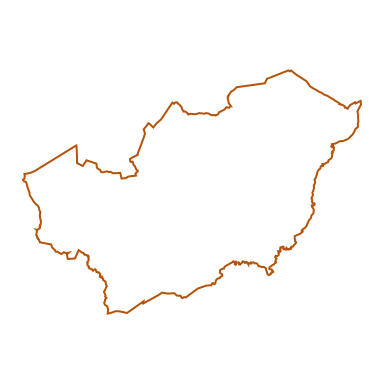 the district of Bērziņu pag., Dagdas, Latvia
{"feature_id": "27541924B7947560085495", "entity_name": "Bērziņu pag.", "entity_type": "district", "adm_level": 2, "iso_a3": "LVA", "parent_name": "Latvia", "parent_adm1": "Dagdas", "projection": "orthographic", "projection_center": [27.878, 56.083], "detail": "fine", "context": "isolated", "style": "outline", "palette": "amber", "viewbox_px": 384, "rotation_deg": 0, "n_neighbors": 0, "source": "geoboundaries", "source_scale": "gbopen_adm2", "svg_char_len": 6007}
<svg xmlns="http://www.w3.org/2000/svg" viewBox="0 0 384 384"><path d="M172.4,102.6L161.0,119.5L156.6,123.3L153.3,127.5L150.1,124.3L148.4,123.2L147.1,125.2L143.7,129.3L145.0,133.6L143.4,138.5L137.4,154.5L137.7,154.9L132.7,157.3L130.1,158.8L130.0,159.2L130.2,161.4L131.3,162.1L132.1,161.6L132.8,161.9L133.5,164.7L134.8,166.1L136.3,169.4L137.7,170.6L137.5,172.0L136.5,172.3L135.5,173.7L135.9,175.6L128.1,176.6L126.0,178.1L121.5,178.5L120.3,172.9L113.0,173.3L110.5,171.8L108.6,172.1L107.2,171.3L102.5,172.4L101.1,172.0L100.1,169.9L97.6,168.6L96.8,167.1L96.4,163.6L86.5,160.3L82.8,166.0L77.0,163.0L77.0,156.2L76.5,145.7L76.3,145.4L34.8,171.0L30.0,173.0L24.4,174.0L24.8,175.5L24.4,178.7L23.0,179.7L23.6,180.8L24.0,181.2L26.2,182.2L27.5,187.1L29.6,192.9L29.5,194.3L29.7,195.1L34.1,202.2L36.2,204.5L38.0,205.8L39.0,207.8L39.4,210.4L40.4,211.9L39.8,215.3L40.4,219.5L41.0,221.2L40.7,223.9L40.5,224.8L40.0,225.0L39.7,226.1L40.0,226.3L39.9,228.0L37.2,230.1L36.5,229.9L36.9,230.3L36.8,231.9L36.2,234.9L37.0,236.0L37.1,237.6L38.0,238.2L38.0,239.0L38.9,239.6L39.3,241.0L39.8,241.5L39.9,242.3L51.2,244.5L52.2,247.5L55.0,250.2L55.6,251.6L57.6,251.8L61.1,253.9L61.6,254.0L63.9,252.2L66.0,253.2L68.7,252.7L66.9,254.3L67.8,259.0L74.9,258.5L78.7,250.1L81.7,252.4L83.6,253.0L84.0,254.1L84.7,254.8L85.6,254.6L86.6,255.3L87.8,255.3L88.3,255.9L87.9,256.0L87.8,256.5L88.4,257.3L88.8,258.6L88.5,259.0L88.6,259.7L88.6,260.5L87.2,262.2L87.7,263.1L87.4,264.0L87.6,265.4L88.5,266.1L89.0,267.0L88.7,267.7L89.1,267.9L89.5,268.5L90.7,268.6L91.2,269.4L92.3,269.5L93.0,270.7L93.8,269.9L95.1,269.2L95.9,270.1L96.5,272.0L97.6,272.0L98.0,272.6L99.2,272.6L100.2,274.2L99.8,276.7L100.2,276.9L100.4,276.5L100.7,276.3L101.2,277.4L102.1,276.9L102.4,277.3L102.3,278.1L103.2,278.8L103.1,279.8L103.2,280.0L104.5,281.1L105.5,281.5L106.1,284.8L106.8,286.1L105.9,287.8L104.8,290.8L104.1,291.3L104.0,292.0L104.9,293.6L105.5,295.5L105.1,296.5L106.5,298.0L105.1,299.4L104.9,301.2L104.2,302.7L104.9,304.8L107.4,306.5L107.4,307.3L108.1,309.8L107.7,313.6L110.8,312.9L116.1,311.1L120.3,311.5L127.0,313.0L143.4,301.4L142.9,303.3L143.1,303.6L159.1,294.7L162.1,292.6L168.1,293.6L174.3,293.2L175.5,294.1L176.7,295.5L179.0,295.8L180.1,295.6L180.7,295.9L181.6,297.6L182.6,298.1L184.1,297.1L185.7,297.5L197.7,288.6L206.0,285.7L209.0,285.3L211.1,285.4L211.7,284.1L212.7,283.1L213.2,283.1L213.7,283.9L214.6,284.2L215.3,283.5L215.6,281.5L216.4,279.7L217.7,278.5L219.7,278.2L220.2,277.1L222.2,276.0L222.2,274.4L219.9,272.8L220.1,270.1L222.8,268.6L223.9,268.6L224.4,267.2L225.4,266.1L232.3,262.3L233.3,261.3L233.8,262.0L235.6,261.7L234.7,264.1L235.6,264.8L236.0,264.6L236.2,263.6L236.7,262.8L238.7,262.3L239.0,262.6L239.2,264.5L240.1,264.6L241.9,262.6L242.8,262.2L242.6,261.6L242.8,261.4L244.3,261.8L245.0,262.9L245.9,262.7L246.2,262.0L246.6,262.0L247.3,262.7L248.2,264.2L248.2,263.6L248.9,263.1L249.6,263.7L251.1,263.5L251.0,263.2L250.4,262.8L250.7,262.4L251.9,262.7L253.5,262.3L254.6,263.4L256.0,263.2L257.2,263.7L258.8,266.4L259.6,266.2L261.7,267.1L263.8,266.9L266.0,268.4L266.1,268.8L266.0,269.9L266.8,271.6L267.2,273.0L267.1,273.5L268.7,275.1L269.6,274.9L270.3,274.1L271.0,273.8L271.1,273.1L271.5,272.6L272.9,272.4L273.2,271.7L272.2,271.0L272.5,270.4L272.3,270.0L271.1,269.3L269.4,269.2L269.4,267.4L272.7,264.9L273.7,264.6L274.7,263.3L275.5,263.0L276.1,262.3L275.9,261.9L275.4,261.8L275.3,261.4L276.5,258.6L275.9,258.3L275.1,257.1L275.7,255.8L277.2,256.1L278.6,255.2L278.8,254.7L278.5,253.5L279.2,252.7L278.4,252.1L278.2,251.1L280.6,251.1L280.6,250.5L280.1,249.1L280.4,247.4L280.9,247.3L282.1,247.8L282.4,247.5L282.3,247.0L282.4,246.8L283.5,246.7L283.7,247.0L283.4,248.0L283.7,248.5L283.6,249.2L283.9,249.4L285.6,248.8L285.8,249.0L285.6,249.4L286.0,249.7L286.4,249.5L286.2,248.3L286.5,247.9L287.2,249.0L287.7,249.0L287.6,249.4L288.0,249.6L288.9,249.5L289.9,248.6L290.4,249.0L290.9,248.9L291.2,248.3L290.9,247.6L291.0,247.1L291.5,246.7L292.4,246.8L293.3,246.3L293.9,245.0L294.8,244.3L296.1,242.7L296.1,242.1L295.4,241.8L295.1,241.3L295.1,240.2L294.6,238.0L294.8,236.1L300.4,233.6L302.7,231.7L302.7,231.2L301.8,231.0L301.6,230.7L302.4,229.5L304.9,227.9L306.6,226.0L307.2,224.1L308.9,220.5L310.9,218.0L311.5,215.3L313.4,213.4L313.5,212.9L313.5,211.7L313.8,210.8L313.6,209.1L312.1,206.9L311.7,205.7L311.9,205.4L312.9,205.9L313.6,205.6L314.4,204.8L314.6,203.7L314.3,203.3L312.9,203.4L312.3,202.4L311.9,201.2L312.2,200.7L312.2,199.9L311.6,198.8L311.5,198.1L312.8,195.4L312.9,194.4L312.5,193.3L312.4,192.5L312.9,191.6L314.0,188.4L313.8,185.4L314.5,184.5L314.9,183.4L315.1,181.2L314.5,179.9L314.9,178.9L315.8,177.9L316.4,175.5L316.9,174.8L316.9,173.5L317.9,170.9L319.2,169.2L320.2,168.7L320.5,168.0L320.5,166.9L321.0,166.2L321.6,165.9L322.6,166.2L323.1,165.8L323.1,165.3L322.3,164.5L322.4,164.0L324.5,164.0L326.3,162.8L327.9,162.2L328.3,161.8L328.3,160.6L328.6,160.2L331.2,158.4L332.1,156.2L332.0,155.4L332.4,154.6L331.8,153.2L332.8,152.6L332.2,151.6L333.8,150.4L333.7,148.7L334.1,147.6L333.5,146.9L332.0,147.2L331.3,146.7L331.3,146.3L332.0,146.1L332.2,145.5L333.0,145.1L332.9,144.7L332.2,145.0L331.9,144.2L335.7,143.4L339.9,141.2L343.2,141.0L348.1,138.9L352.5,134.6L354.1,132.1L355.3,129.2L357.9,127.0L357.8,123.8L358.4,121.5L358.0,117.0L358.2,115.7L357.4,111.3L361.0,104.5L360.5,100.9L355.5,103.5L354.9,102.3L350.3,105.0L348.5,107.1L347.7,108.7L345.7,107.5L344.9,107.6L344.4,106.0L343.0,105.2L339.7,104.3L340.2,103.8L327.2,95.7L324.7,94.9L321.0,92.5L319.7,92.1L310.5,86.7L309.6,85.8L306.4,81.1L296.6,74.9L291.1,70.5L289.8,71.4L288.4,70.4L267.0,78.8L264.8,83.3L236.7,87.2L233.4,90.4L231.3,91.4L227.9,96.2L228.3,96.4L227.7,97.4L227.7,97.9L228.8,103.2L231.0,106.3L230.4,106.3L228.9,107.8L226.4,107.2L224.6,109.5L219.0,112.3L218.2,114.2L215.8,115.5L215.2,115.0L211.8,115.2L210.6,114.8L208.8,113.6L206.0,113.1L204.7,113.7L199.1,113.1L195.6,114.3L190.7,113.8L188.2,114.5L188.0,114.2L188.0,113.6L186.6,112.5L184.7,111.3L183.7,111.6L181.8,108.7L181.8,107.5L179.4,104.6L178.0,103.7L176.9,102.3L175.2,102.5L174.0,103.8L172.4,102.6Z" fill="none" stroke="#b45309" stroke-width="2"/></svg>